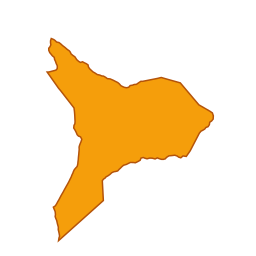 the district of Nova Itarana, Bahia, Brazil, rotated 171°
{"feature_id": "56859067B79206528521122", "entity_name": "Nova Itarana", "entity_type": "district", "adm_level": 2, "iso_a3": "BRA", "parent_name": "Brazil", "parent_adm1": "Bahia", "projection": "orthographic", "projection_center": [-40.008, -13.045], "detail": "fine", "context": "isolated", "style": "filled", "palette": "amber", "viewbox_px": 256, "rotation_deg": 171, "n_neighbors": 0, "source": "geoboundaries", "source_scale": "gbopen_adm2", "svg_char_len": 2421}
<svg xmlns="http://www.w3.org/2000/svg" viewBox="0 0 256 256"><g transform="rotate(171 128 128)"><path d="M214.1,61.5L213.6,59.2L213.0,56.8L213.2,53.8L213.8,51.9L213.5,50.2L212.9,47.8L212.7,44.4L212.3,41.1L212.8,38.4L212.6,36.3L212.5,34.2L212.5,31.9L213.3,30.4L214.2,27.6L163.7,60.2L161.6,80.0L160.1,81.4L158.5,82.1L157.3,83.2L155.3,83.9L153.2,84.9L151.0,86.4L148.8,87.0L146.9,87.0L144.9,87.2L143.3,88.5L141.8,89.5L140.2,90.7L138.2,91.9L135.2,92.3L133.0,93.0L131.1,93.6L128.2,93.1L126.2,92.5L123.8,93.2L121.1,94.2L119.9,96.2L117.6,96.5L116.0,95.5L114.0,94.6L111.3,94.9L108.8,94.4L106.1,93.2L103.7,93.9L101.9,92.8L100.1,91.9L98.1,91.5L96.0,91.7L94.6,92.9L92.0,94.1L88.9,93.9L86.0,93.8L83.8,92.6L82.5,91.3L80.5,90.3L78.0,91.8L74.9,90.8L70.1,95.8L58.3,111.8L56.3,113.5L54.4,114.1L52.3,115.0L51.0,116.3L48.7,116.8L47.1,118.6L46.4,120.9L44.4,121.8L42.5,123.5L41.8,126.7L42.3,129.7L44.4,131.7L54.4,139.8L58.7,146.9L65.8,158.6L69.3,164.4L81.5,170.0L87.3,172.7L90.8,172.4L92.9,172.3L106.2,171.8L108.0,172.1L110.0,171.2L112.9,169.8L115.1,170.0L116.8,169.6L119.2,169.6L121.0,168.1L123.2,168.0L125.4,168.8L126.9,169.8L128.4,170.9L129.7,173.0L131.0,174.5L132.7,175.7L135.3,177.6L138.0,179.3L140.7,180.0L142.2,181.6L144.1,183.1L145.7,183.5L147.6,184.7L150.0,185.6L151.9,187.4L153.8,188.9L155.3,190.8L156.6,192.5L157.5,194.4L157.6,196.6L159.2,198.1L161.0,199.3L162.5,200.5L164.7,200.2L166.3,201.5L168.0,203.6L169.3,206.6L171.2,208.4L172.7,210.2L173.1,211.9L173.9,213.4L175.6,215.0L177.6,217.4L179.8,219.7L181.2,221.5L182.8,223.2L185.1,224.1L186.3,225.8L187.5,227.0L189.8,228.4L190.9,226.2L191.2,224.2L191.2,222.2L192.4,220.4L193.8,219.2L194.1,217.1L193.5,214.7L192.6,213.2L191.4,211.1L189.8,209.3L189.8,207.2L189.2,205.2L188.8,202.8L188.1,200.5L188.6,197.7L190.2,196.4L197.3,195.7L199.1,195.9L190.3,178.0L189.0,175.9L178.2,156.3L178.3,152.9L178.5,150.1L178.7,148.0L179.0,145.3L179.3,142.6L179.8,140.5L180.9,139.1L181.6,136.5L180.5,133.8L179.8,131.6L179.3,129.4L178.2,127.8L176.3,126.7L175.4,124.1L176.5,121.9L177.5,120.3L178.6,118.4L179.3,116.8L179.6,114.3L180.2,112.0L180.7,109.9L181.5,107.0L182.1,104.4L182.7,102.4L183.2,100.4L184.2,98.0L186.1,96.5L187.5,95.3L188.7,93.6L189.5,92.1L190.7,90.4L191.9,88.3L193.1,86.7L194.6,84.5L196.2,82.4L197.9,80.3L199.3,78.5L200.5,77.0L201.9,75.1L203.3,73.4L204.7,71.7L206.1,69.8L207.5,67.9L209.0,66.1L210.1,64.6L211.9,62.5L214.1,61.5Z" fill="#f59e0b" stroke="#b45309" stroke-width="1.5"/></g></svg>